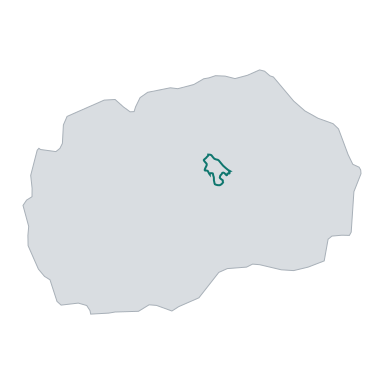 where Lozovo sits in North Macedonia
{"feature_id": "MKD-2931", "entity_name": "Lozovo", "entity_type": "Statistical Region", "adm_level": 1, "iso_a3": "MKD", "parent_name": "North Macedonia", "parent_adm1": "", "projection": "robinson", "projection_center": [21.908, 41.74], "detail": "fine", "context": "in_parent", "style": "outline", "palette": "teal", "viewbox_px": 384, "rotation_deg": 0, "n_neighbors": 0, "source": "natural_earth", "source_scale": "10m", "svg_char_len": 2186}
<svg xmlns="http://www.w3.org/2000/svg" viewBox="0 0 384 384"><path d="M170.5,87.8L177.8,88.7L193.8,84.5L203.7,78.8L208.8,77.9L215.5,75.7L225.1,76.1L235.0,78.6L247.4,75.3L259.6,69.9L264.6,71.2L269.9,75.8L273.4,77.0L293.7,101.1L304.9,110.9L318.1,118.3L333.1,123.7L338.5,128.9L348.1,154.6L352.8,164.3L359.1,167.2L360.7,170.0L361.0,173.7L353.9,191.7L351.2,232.1L349.4,235.4L341.9,235.2L331.9,236.1L328.1,239.2L324.2,260.9L308.2,267.1L293.6,270.6L281.3,269.8L259.7,264.7L252.6,264.1L246.6,267.1L227.3,268.6L218.8,272.4L198.9,297.8L178.8,306.6L171.9,311.0L156.5,305.4L149.1,304.8L138.5,311.3L115.1,312.0L108.8,313.1L90.7,314.1L90.0,310.6L86.7,305.5L78.3,303.1L61.1,305.1L57.0,301.4L50.0,279.8L44.5,276.4L38.4,269.1L28.1,245.7L27.9,235.4L28.7,226.4L23.0,205.4L26.6,200.1L32.0,196.7L32.1,188.3L30.7,175.4L37.2,150.2L38.9,148.3L40.5,149.5L55.9,151.6L59.9,148.4L62.4,143.4L63.4,124.9L67.1,116.4L104.2,100.1L115.1,99.5L123.5,107.0L130.1,111.8L134.1,111.6L135.6,106.8L140.1,97.6L147.7,92.3L170.3,87.8L170.5,87.8Z" fill="#d9dde1" stroke="#a8b0b8" stroke-width="1"/><path d="M208.2,154.6L210.1,154.7L211.4,155.2L213.1,157.4L214.4,158.8L216.3,159.5L217.8,159.8L218.9,160.6L221.0,163.2L223.1,165.7L225.8,168.1L228.1,170.0L230.0,171.1L229.6,171.2L229.1,171.4L229.1,171.9L229.6,172.4L229.6,173.0L229.4,173.4L228.5,173.5L228.0,173.5L227.5,173.6L227.3,174.4L227.0,175.0L226.5,175.2L225.8,174.6L225.3,174.0L224.4,173.1L223.6,172.7L222.9,172.7L222.1,173.1L221.6,174.2L220.8,175.0L220.3,175.6L220.0,176.6L219.8,177.7L220.2,178.3L221.2,179.2L222.2,179.9L222.8,180.4L222.8,181.3L222.9,182.2L223.0,182.3L222.5,183.2L221.2,184.4L219.8,185.2L218.7,185.2L217.4,185.1L215.7,184.6L214.9,184.2L214.5,183.2L214.2,181.6L213.9,180.3L213.9,178.7L213.8,177.2L213.2,175.4L213.0,174.0L212.7,173.4L211.9,173.2L210.9,173.2L210.4,173.2L210.0,173.5L209.8,174.2L209.8,174.5L209.2,173.7L208.2,171.8L207.7,170.9L206.6,170.5L205.8,170.5L205.1,170.5L204.7,170.0L204.9,169.1L205.1,168.6L205.6,167.5L206.4,165.9L206.7,165.1L206.7,164.0L206.0,163.0L205.4,162.4L204.5,161.3L204.1,160.8L203.8,160.1L204.2,159.5L205.1,158.7L205.9,158.1L207.1,156.7L207.8,156.1L208.2,155.4L208.2,154.6Z" fill="none" stroke="#0f766e" stroke-width="2"/></svg>